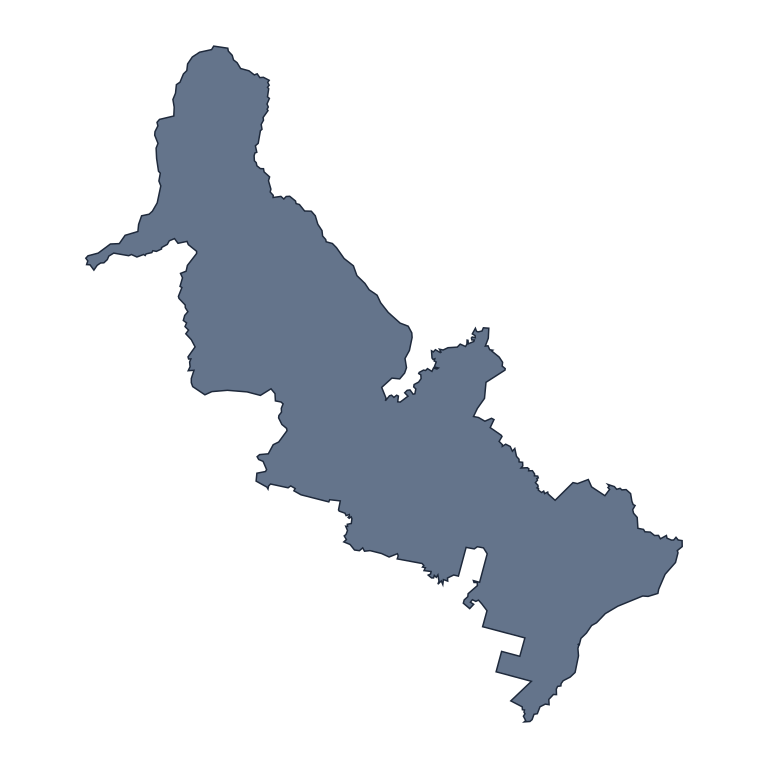 Carterton District, Wellington, New Zealand
{"feature_id": "76426892B89020441057678", "entity_name": "Carterton District", "entity_type": "district", "adm_level": 2, "iso_a3": "NZL", "parent_name": "New Zealand", "parent_adm1": "Wellington", "projection": "orthographic", "projection_center": [175.614, -41.054], "detail": "fine", "context": "isolated", "style": "filled", "palette": "slate", "viewbox_px": 768, "rotation_deg": 0, "n_neighbors": 0, "source": "geoboundaries", "source_scale": "gbopen_adm2", "svg_char_len": 6094}
<svg xmlns="http://www.w3.org/2000/svg" viewBox="0 0 768 768"><path d="M227.8,48.2L213.7,46.1L211.6,49.6L199.6,52.2L192.3,57.0L187.6,63.9L186.8,70.6L183.4,74.0L180.0,82.2L176.4,84.6L175.5,93.2L172.9,99.5L174.2,107.2L173.8,116.0L159.5,119.4L157.0,122.3L157.9,125.9L155.0,131.6L154.7,135.2L158.0,143.4L156.1,148.1L156.6,158.4L158.5,171.2L160.3,173.2L158.9,181.0L160.8,185.9L157.2,202.9L152.4,211.2L149.1,214.2L141.6,215.8L138.6,224.4L137.9,231.5L125.1,235.3L119.3,243.6L110.4,244.0L98.2,253.1L88.0,255.8L85.8,258.2L87.8,260.9L86.6,264.6L90.0,264.8L93.9,270.1L97.2,265.3L100.6,263.0L103.9,262.8L107.3,259.6L108.8,256.1L113.7,253.1L128.7,255.7L131.4,254.5L136.9,257.0L143.6,254.5L145.2,255.5L146.1,253.9L151.8,252.6L152.9,250.7L156.4,251.4L161.5,249.0L161.6,247.5L167.3,244.4L169.3,240.8L174.5,238.6L178.0,243.3L187.0,241.4L188.3,244.6L196.6,251.3L196.6,253.5L187.4,265.4L186.1,271.2L180.5,273.4L182.5,277.8L180.0,286.4L181.9,287.5L178.4,296.4L179.0,298.5L185.2,305.0L185.3,307.7L187.9,311.7L184.7,315.4L183.3,320.5L186.6,322.9L185.0,326.6L188.5,330.1L185.8,333.8L191.3,339.7L195.1,346.9L188.0,356.9L188.6,359.0L190.9,358.9L189.6,362.0L190.1,366.7L188.2,370.7L194.0,370.3L191.3,378.5L191.3,382.7L192.7,386.6L204.9,394.8L211.9,391.6L227.4,390.3L247.1,391.9L260.4,395.4L271.0,388.8L275.0,393.6L275.4,400.9L281.0,402.0L283.1,403.9L281.3,408.3L281.5,412.1L278.9,415.5L278.6,417.9L281.9,424.5L286.6,428.4L287.0,430.7L278.7,442.0L273.2,444.7L268.3,453.8L259.6,454.6L257.1,456.7L258.7,459.5L263.1,461.4L266.6,469.6L265.5,471.5L256.9,473.2L256.1,481.1L266.9,487.1L268.0,489.0L268.6,486.0L270.5,484.0L288.1,487.8L290.7,485.9L295.2,488.5L293.9,490.8L301.0,494.8L328.8,501.9L329.7,499.7L340.3,500.9L338.5,509.9L339.2,511.1L345.0,513.2L346.1,515.6L349.3,514.5L349.5,516.1L348.1,517.3L349.2,518.3L351.2,516.9L351.9,518.7L351.3,523.5L347.3,524.3L347.6,526.4L345.7,526.2L347.5,530.5L346.0,534.5L344.2,535.9L346.4,539.6L343.8,541.9L350.1,544.5L354.5,550.0L359.4,550.7L362.7,547.9L364.5,551.2L370.0,550.6L381.5,553.5L389.1,557.0L397.4,553.7L398.2,555.9L397.2,558.9L422.1,563.5L423.8,565.4L422.5,567.1L425.4,567.7L424.0,570.6L431.1,571.5L430.6,574.0L428.2,575.1L431.5,577.9L433.6,577.9L434.3,575.4L436.3,577.3L437.9,574.9L439.0,581.2L437.9,584.2L441.3,580.9L442.8,584.5L443.4,579.6L447.7,581.1L447.5,578.0L453.7,575.0L458.4,576.1L466.1,547.4L474.3,548.9L477.4,546.7L483.5,547.9L487.2,553.8L479.6,582.3L473.4,580.6L474.0,582.5L477.2,582.5L477.4,585.6L468.1,593.7L467.8,596.7L464.2,599.9L463.3,603.2L469.7,608.6L473.7,604.3L470.4,602.2L472.4,599.7L475.8,601.4L478.5,600.1L481.9,604.0L487.0,610.7L482.6,626.7L524.9,637.9L519.8,656.3L501.6,651.4L496.1,671.8L531.4,681.3L510.8,700.9L522.2,706.8L522.4,709.7L524.5,710.0L524.0,712.2L525.0,713.8L523.4,716.2L525.7,720.6L524.2,721.9L529.9,721.5L532.1,719.6L534.0,714.3L537.3,713.7L540.0,706.8L545.3,704.1L549.1,704.7L548.8,699.4L553.4,694.5L556.5,694.6L556.3,689.1L557.6,686.4L560.9,685.9L561.1,683.6L563.2,680.7L570.3,677.0L575.1,672.4L578.5,655.8L577.9,648.4L578.9,644.9L578.3,644.6L577.8,643.9L579.3,644.7L580.9,638.4L586.4,633.1L591.6,625.5L596.5,622.8L605.3,613.6L617.8,606.2L642.7,596.0L648.1,596.4L657.9,593.4L658.7,589.2L665.1,574.3L675.5,562.5L678.0,552.8L677.3,550.6L682.2,546.6L682.1,540.6L678.2,540.0L676.0,537.3L673.7,540.0L671.5,540.1L667.0,538.2L666.4,535.5L660.4,538.8L658.5,535.4L654.5,535.5L650.3,532.1L644.9,531.8L643.5,529.4L637.9,528.3L637.2,517.4L633.6,513.3L632.7,509.7L635.1,505.5L633.2,504.6L631.9,501.3L630.6,493.6L626.1,489.6L621.9,489.9L620.1,488.3L616.7,489.3L614.4,486.6L607.8,484.4L609.3,486.2L607.9,487.5L609.6,489.4L604.9,495.7L591.6,486.9L588.3,479.5L577.5,483.6L573.0,482.6L555.1,500.3L548.1,494.0L547.7,492.1L544.6,493.6L543.7,491.1L541.6,492.5L538.3,490.1L538.6,488.8L537.0,487.9L538.1,487.0L537.9,485.2L535.4,482.7L537.5,480.1L536.8,478.5L538.3,477.9L537.7,476.1L534.4,475.8L534.6,474.0L532.4,470.7L528.6,470.8L528.9,468.9L527.4,467.7L521.0,468.0L522.8,465.9L522.6,462.3L519.1,461.9L519.0,459.2L516.5,456.4L514.8,448.5L512.4,451.2L510.2,446.5L505.7,444.2L502.3,446.4L502.4,444.7L499.1,441.4L502.0,436.5L501.3,435.3L490.2,427.6L494.0,419.6L491.5,418.3L484.9,421.2L478.5,417.5L473.5,416.5L477.4,408.4L484.5,398.4L486.0,382.3L505.0,370.1L505.2,368.6L502.2,366.1L502.6,362.3L499.2,357.1L491.7,351.0L492.7,350.2L489.7,349.7L488.0,345.8L485.3,346.1L488.3,338.2L488.8,328.2L483.4,327.8L482.0,331.0L478.1,331.9L476.5,331.3L475.4,328.3L472.3,333.9L475.1,335.6L475.3,337.7L472.2,337.0L471.4,338.0L471.9,340.0L474.3,340.0L473.8,341.5L468.3,343.8L468.0,340.3L467.1,340.1L466.9,344.2L465.5,346.5L460.2,344.1L457.3,347.1L448.0,347.7L443.1,350.0L439.4,349.2L441.0,352.2L440.3,352.6L435.4,349.7L433.4,351.9L431.5,350.8L432.0,358.0L433.0,359.4L434.8,358.8L434.1,360.9L436.2,362.0L434.3,366.9L438.4,368.0L436.9,369.0L433.5,368.0L431.9,371.4L427.5,368.6L425.6,370.5L423.5,370.1L419.2,372.4L418.7,373.6L420.8,374.8L421.1,378.6L418.6,382.1L414.1,384.5L413.7,386.9L415.8,388.9L414.9,393.8L413.1,394.2L410.0,389.9L407.2,390.3L404.7,392.8L408.0,396.2L400.2,402.1L397.7,401.8L398.4,396.1L396.7,395.2L393.9,397.4L391.5,395.2L389.5,395.8L385.4,400.8L386.0,398.1L381.7,387.4L391.9,378.1L399.7,378.9L404.6,373.1L406.5,367.7L405.0,358.5L409.4,350.5L412.1,337.5L411.8,332.9L408.2,326.2L400.1,323.1L388.2,312.4L380.6,302.7L377.1,295.2L369.2,289.8L365.0,283.5L356.9,275.6L353.4,265.8L344.1,258.5L336.5,247.7L332.4,243.5L326.2,241.8L325.7,239.5L322.6,236.0L322.0,230.6L317.8,224.2L315.3,215.8L311.3,211.2L304.6,211.0L299.4,204.5L296.1,203.6L295.5,201.0L289.7,196.3L286.2,196.5L283.8,199.0L280.9,196.4L273.1,197.5L273.2,195.3L270.2,192.0L270.9,189.1L268.5,180.8L269.6,176.9L264.1,171.9L263.5,168.7L260.4,168.6L256.9,165.8L256.2,162.6L254.4,160.8L254.1,155.8L254.9,153.0L256.8,152.3L255.4,145.8L258.2,143.3L260.4,130.7L262.0,129.3L261.2,124.4L263.5,120.2L263.1,117.5L268.0,110.6L267.1,109.2L268.3,107.0L267.0,104.0L269.4,98.4L267.5,96.8L268.7,88.7L267.5,87.3L269.2,85.2L267.7,82.4L269.2,80.3L263.4,77.3L259.8,77.6L257.2,73.8L254.3,74.9L249.0,70.8L240.6,68.5L237.1,62.7L233.5,59.9L232.2,55.3L228.3,51.1L227.8,48.2Z" fill="#64748b" stroke="#1e293b" stroke-width="1.5"/></svg>